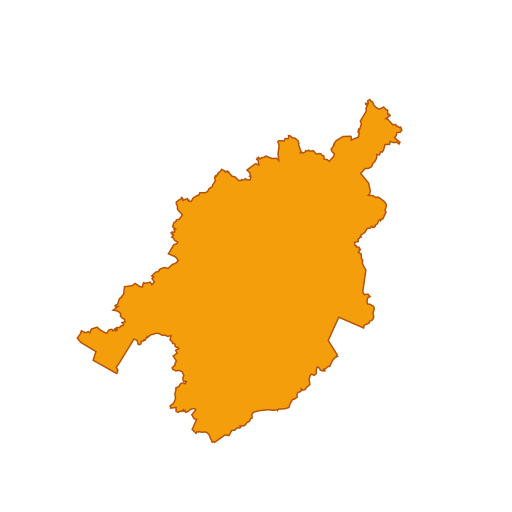 the district of Villanueva, Zacatecas, Mexico, rotated 23°
{"feature_id": "50627088B74435017119016", "entity_name": "Villanueva", "entity_type": "district", "adm_level": 2, "iso_a3": "MEX", "parent_name": "Mexico", "parent_adm1": "Zacatecas", "projection": "robinson", "projection_center": [-102.865, 22.335], "detail": "fine", "context": "isolated", "style": "filled", "palette": "amber", "viewbox_px": 512, "rotation_deg": 23, "n_neighbors": 0, "source": "geoboundaries", "source_scale": "gbopen_adm2", "svg_char_len": 6125}
<svg xmlns="http://www.w3.org/2000/svg" viewBox="0 0 512 512"><g transform="rotate(23 256 256)"><path d="M383.2,280.2L382.6,277.5L386.2,273.7L386.1,271.8L388.1,269.4L388.4,267.6L387.9,265.4L386.2,263.4L385.3,257.9L383.9,256.5L379.9,255.9L377.7,256.6L376.6,255.7L375.4,253.0L375.3,250.4L376.9,248.9L373.9,247.3L370.8,249.3L368.2,247.2L362.7,226.1L357.8,222.3L356.6,220.8L355.9,218.2L354.2,217.3L351.8,212.9L348.8,212.8L349.5,209.0L348.0,209.2L347.5,207.7L345.1,208.5L344.1,207.4L343.1,207.7L341.3,205.0L344.5,202.7L343.3,200.4L344.2,199.6L344.2,198.2L345.4,197.6L344.2,196.3L347.0,191.6L347.6,187.2L350.2,185.7L350.8,183.3L352.1,184.1L353.8,183.2L354.1,182.0L353.6,181.3L355.3,178.7L355.0,176.0L355.9,173.9L356.5,173.7L356.9,174.5L357.3,172.8L358.3,172.3L358.5,164.8L357.0,163.6L356.4,158.8L355.7,157.6L352.8,155.7L346.4,154.1L344.7,154.3L343.7,155.5L340.2,154.7L335.7,156.2L336.3,153.9L335.7,151.3L331.2,144.9L320.1,139.1L322.3,132.8L325.2,131.5L327.5,128.6L327.4,125.1L328.5,122.4L328.8,118.8L327.5,115.4L330.1,114.8L330.0,111.5L331.6,111.0L332.0,109.2L331.3,102.9L335.3,101.1L334.7,98.1L338.7,97.8L341.0,96.2L343.8,97.1L344.1,95.1L337.2,92.9L338.1,90.4L337.5,87.4L340.6,85.5L340.6,84.1L341.2,83.4L338.8,80.9L337.8,81.8L335.9,81.2L334.7,81.7L333.3,80.4L330.5,81.7L323.7,78.5L321.8,78.9L324.6,74.3L323.0,73.4L322.4,74.3L321.7,73.7L320.1,70.2L318.8,70.5L315.3,69.0L312.3,72.6L309.4,72.6L305.7,71.3L302.8,68.5L301.8,68.7L299.7,67.5L298.1,69.7L299.5,71.0L299.6,71.9L297.2,72.6L297.7,73.6L299.7,73.6L299.6,77.5L300.6,78.4L300.8,80.7L299.3,91.0L301.4,93.3L301.9,98.6L300.9,99.0L301.1,100.0L302.7,100.4L301.1,100.2L301.6,102.2L303.0,102.2L303.2,104.9L304.0,106.3L298.3,112.0L297.2,109.3L296.3,108.8L289.4,112.0L284.7,118.6L284.0,122.0L284.0,123.2L284.6,123.3L283.4,128.3L285.3,130.3L288.1,131.2L288.6,133.7L286.4,140.3L283.7,139.4L281.0,140.3L279.3,137.4L277.9,137.7L276.1,136.6L274.5,136.8L271.7,138.6L267.6,136.7L264.9,138.4L262.9,138.1L261.9,139.5L260.6,139.7L260.6,141.0L259.2,142.7L257.7,142.5L256.5,143.7L256.4,142.1L251.3,136.4L251.5,135.6L249.7,133.5L245.7,132.2L244.1,133.1L240.2,132.0L238.9,132.5L239.6,133.5L239.7,135.5L237.0,136.4L236.8,139.4L234.1,140.0L231.8,141.2L231.4,142.2L234.1,145.2L236.3,153.2L239.7,159.3L236.6,158.1L232.7,160.0L225.9,160.2L224.8,162.2L223.1,163.0L222.0,164.9L219.8,164.2L219.8,165.4L218.9,165.4L218.9,166.9L220.5,166.9L223.0,171.2L220.3,171.1L219.1,171.7L214.1,180.4L217.5,181.7L219.3,183.9L218.9,185.1L220.5,185.3L220.9,188.2L217.6,189.5L216.1,188.9L215.1,190.6L214.0,191.5L212.9,191.3L212.8,192.2L210.7,193.3L205.5,191.3L203.2,192.0L198.6,190.1L198.0,189.2L197.0,189.7L196.5,189.0L194.9,190.8L194.1,189.9L190.5,189.7L190.3,191.6L188.6,194.8L189.1,195.9L187.4,197.9L187.4,198.8L188.0,198.7L187.2,199.9L189.3,202.9L188.4,207.1L188.6,209.4L186.5,212.3L186.2,215.6L184.4,217.7L179.6,219.7L179.6,222.6L178.4,223.1L175.5,227.1L175.0,231.2L173.0,231.5L172.5,230.9L172.1,231.7L170.4,230.0L166.9,233.4L166.0,231.5L164.5,231.3L164.8,232.8L162.8,235.0L161.6,237.6L162.1,238.9L164.1,240.6L165.3,243.4L166.3,244.2L172.2,246.9L171.0,252.0L168.6,254.1L169.0,255.1L167.4,257.5L167.8,261.6L171.4,262.6L170.1,263.5L171.6,264.8L171.4,266.1L169.4,266.6L168.8,267.8L170.4,267.6L170.2,268.8L171.9,269.0L171.0,271.5L173.3,271.8L174.5,273.2L178.6,273.9L178.3,275.6L175.9,277.8L174.5,288.3L182.1,288.2L186.2,290.4L185.0,294.0L182.3,296.5L179.9,301.8L176.3,302.3L173.5,304.8L172.3,306.3L172.6,307.3L172.0,308.6L170.1,309.9L169.3,311.6L167.9,315.2L170.0,315.2L169.1,317.5L172.6,319.5L171.4,323.2L169.0,321.4L164.3,324.7L163.2,324.3L162.8,325.2L163.6,328.9L161.3,329.6L155.4,328.5L153.6,331.8L146.9,335.7L149.1,342.7L147.9,346.4L148.4,346.9L146.9,348.5L147.4,354.4L145.6,356.7L146.7,357.6L148.6,356.6L145.6,361.7L149.5,360.8L152.1,361.2L154.2,362.2L154.5,364.1L157.3,365.6L159.7,365.6L160.5,366.5L161.3,367.9L158.6,369.6L161.0,370.9L160.8,372.1L159.2,372.7L158.5,375.0L155.6,376.4L157.2,378.5L156.4,379.5L156.1,378.0L154.8,377.9L154.4,378.6L155.4,379.1L153.4,380.8L152.8,380.0L151.5,380.0L149.3,381.9L148.9,385.3L147.8,385.6L141.8,385.0L137.5,383.6L133.0,387.6L133.0,391.6L131.3,391.1L129.0,393.3L124.5,393.1L124.8,395.9L123.6,401.4L128.5,404.0L146.0,406.5L146.8,415.6L173.5,418.6L174.1,417.5L173.0,415.7L173.5,415.1L170.7,412.8L171.7,409.6L176.1,380.1L179.5,380.2L182.1,383.4L183.5,383.1L184.4,381.8L183.8,379.6L185.4,378.1L185.6,378.7L185.6,377.1L186.8,376.9L187.1,373.7L187.7,373.7L187.6,372.7L188.2,372.9L189.7,370.0L191.9,368.1L194.4,366.1L197.5,365.2L199.9,365.7L204.0,364.3L206.0,364.6L208.8,362.5L209.7,366.8L212.1,367.6L213.5,369.2L214.9,368.4L216.4,369.5L216.6,370.6L218.5,371.1L219.7,370.5L221.1,371.4L218.9,374.3L221.4,376.2L218.8,380.4L223.9,383.8L223.3,386.2L224.2,387.8L222.5,391.6L223.4,392.8L227.2,393.1L229.8,391.3L233.4,391.5L236.1,394.0L236.3,396.8L237.4,399.0L238.4,399.5L240.9,398.7L240.7,401.2L238.9,401.1L237.0,402.3L236.2,403.8L236.0,406.2L233.7,409.0L234.5,410.0L235.2,414.5L237.6,418.6L237.8,422.5L237.2,424.9L235.5,427.2L236.8,429.4L241.6,426.7L243.1,430.2L245.4,430.4L246.5,428.8L248.5,428.0L249.2,426.0L250.0,427.0L250.8,426.0L251.0,426.9L252.5,427.4L254.4,425.4L255.4,422.9L258.2,420.8L259.7,420.5L260.7,421.4L258.9,427.2L262.7,430.0L265.2,429.6L265.0,440.6L270.1,442.6L270.4,440.8L271.8,440.6L272.2,439.8L274.6,439.5L278.4,437.7L280.1,437.8L282.3,438.6L288.4,444.5L289.8,443.4L290.7,443.7L297.4,432.8L301.3,431.8L301.8,426.1L304.7,424.5L305.6,421.7L308.2,420.7L308.8,419.5L307.5,418.6L311.0,417.2L312.0,416.0L312.7,413.2L314.6,410.5L314.6,407.8L315.7,406.6L314.2,403.8L314.5,400.9L319.6,397.0L327.5,392.6L332.3,391.3L335.8,389.2L336.2,389.7L336.7,388.0L342.2,385.4L345.5,382.6L345.1,378.1L345.9,373.3L347.2,372.9L349.1,369.7L347.9,367.9L347.8,365.3L349.9,363.5L350.3,362.1L349.6,360.8L351.1,361.3L353.4,359.8L353.6,357.9L355.8,353.3L352.9,348.3L352.7,344.4L353.3,343.1L356.1,343.1L357.1,341.5L357.3,340.3L355.9,337.0L355.8,334.2L357.8,334.2L359.8,335.9L362.5,335.7L364.3,334.7L362.6,333.7L364.0,332.8L365.0,330.2L367.1,328.5L367.1,323.6L368.1,319.2L370.2,316.5L369.1,316.3L369.2,315.1L355.5,305.6L356.1,280.0L383.2,280.2Z" fill="#f59e0b" stroke="#b45309" stroke-width="1.5"/></g></svg>